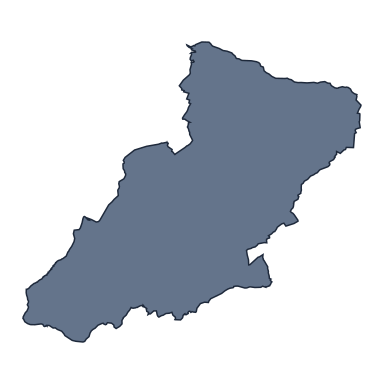 outline of Gilau, Cluj, Romania
{"feature_id": "2599482B93154387611323", "entity_name": "Gilau", "entity_type": "district", "adm_level": 2, "iso_a3": "ROU", "parent_name": "Romania", "parent_adm1": "Cluj", "projection": "natural_earth1", "projection_center": [23.329, 46.73], "detail": "fine", "context": "isolated", "style": "filled", "palette": "slate", "viewbox_px": 384, "rotation_deg": 0, "n_neighbors": 0, "source": "geoboundaries", "source_scale": "gbopen_adm2", "svg_char_len": 5919}
<svg xmlns="http://www.w3.org/2000/svg" viewBox="0 0 384 384"><path d="M195.7,312.3L196.3,311.5L196.9,308.3L200.4,303.6L204.5,302.2L208.4,302.5L208.8,301.2L210.7,298.7L221.7,293.4L224.8,290.9L227.6,289.2L230.0,288.2L233.1,287.7L233.6,287.2L233.7,286.5L235.7,286.1L238.0,286.1L244.8,288.0L246.8,287.9L249.9,286.8L254.9,287.5L260.8,287.3L262.6,286.2L265.9,287.3L266.0,286.7L266.7,286.8L269.5,285.8L269.4,285.5L270.3,284.8L271.3,282.5L271.9,281.9L270.3,280.3L270.4,279.5L270.9,279.1L269.4,278.4L269.1,275.7L268.3,272.9L268.4,271.3L267.6,268.4L267.7,266.8L264.2,260.8L263.3,259.7L263.4,259.3L262.7,257.3L263.0,254.6L259.4,256.9L258.1,257.2L249.9,264.7L248.7,264.9L248.5,259.9L247.2,254.9L246.5,250.4L248.0,249.2L250.9,248.5L252.4,247.6L255.2,246.9L257.3,245.1L258.2,243.8L264.2,242.6L266.8,242.8L266.5,240.4L266.6,239.3L268.2,238.3L269.5,238.0L269.6,237.7L269.5,236.7L268.5,235.7L271.5,233.9L273.6,231.8L274.7,231.6L276.3,229.3L277.3,227.2L281.7,223.9L283.9,223.2L285.9,226.1L294.0,223.5L298.0,221.2L297.9,220.2L294.3,214.9L293.0,213.4L291.2,212.3L290.4,211.4L291.4,209.4L292.9,207.9L293.4,206.6L293.8,203.6L293.5,203.2L294.0,202.4L294.1,201.4L297.9,199.3L298.8,196.6L298.1,196.1L297.9,195.2L300.8,193.3L300.8,192.3L301.4,190.1L301.2,188.0L301.4,184.5L303.2,183.2L304.3,181.2L307.7,179.3L310.5,176.1L313.6,174.8L315.4,173.5L317.3,172.7L319.4,170.2L320.2,169.6L327.9,166.7L329.5,165.3L329.9,164.0L329.1,163.0L329.3,162.2L330.2,161.4L333.4,159.7L334.1,158.8L334.6,157.8L334.5,157.3L335.0,157.3L335.0,156.6L335.3,155.5L336.6,154.4L336.6,151.5L340.3,153.4L343.9,150.0L345.5,149.5L346.3,147.4L353.5,147.6L354.6,133.5L356.2,132.7L355.2,130.7L355.5,129.4L356.8,128.7L360.2,127.7L359.2,121.6L359.7,120.8L359.9,114.6L359.7,113.6L357.4,113.2L359.0,109.3L360.6,106.6L361.0,105.1L356.1,100.0L356.9,96.5L356.6,95.3L356.9,94.6L354.4,93.7L353.2,92.9L351.7,91.6L350.5,89.1L348.3,87.5L346.5,87.1L345.2,87.4L342.4,86.7L338.5,87.7L338.1,88.1L336.5,88.3L336.1,88.0L335.0,87.9L331.7,85.9L330.9,85.0L330.1,83.3L327.7,83.1L324.8,81.6L320.5,82.1L317.5,83.2L313.9,82.4L307.1,82.9L301.1,82.5L298.0,82.6L294.4,82.0L291.3,79.7L289.0,79.2L287.3,78.2L285.1,78.5L275.7,78.3L271.8,76.4L269.0,74.0L266.3,72.7L264.1,70.8L263.3,67.1L260.7,66.1L259.9,63.7L258.7,62.6L256.4,61.7L251.5,60.8L241.8,60.4L239.1,58.9L236.5,58.5L236.2,58.2L235.0,55.9L233.1,54.4L231.8,52.9L227.1,51.2L223.0,50.5L219.3,48.5L212.8,46.2L211.9,45.5L210.6,43.7L209.0,42.2L201.8,42.0L195.6,44.6L195.1,45.1L194.8,45.9L193.9,45.5L192.2,46.4L190.5,46.8L186.9,45.0L187.1,45.6L189.1,47.4L191.6,48.3L191.3,48.4L191.2,49.0L191.7,49.4L191.7,49.9L195.3,51.1L195.6,52.0L195.1,52.3L191.7,52.3L191.0,53.0L191.5,52.9L191.5,54.8L190.4,57.4L190.1,59.3L191.4,60.9L193.2,60.2L194.1,61.7L193.6,62.2L191.2,62.5L191.5,64.3L190.0,69.7L190.3,73.3L189.4,74.8L183.3,80.2L179.3,85.8L181.8,88.6L181.7,89.9L184.2,90.6L183.7,91.8L188.9,93.3L186.7,99.0L189.6,100.1L188.9,102.9L190.6,103.7L188.5,107.4L187.7,110.0L186.8,111.8L184.6,114.7L182.5,118.1L182.7,119.1L184.9,119.2L186.3,120.3L189.9,122.3L188.6,122.5L188.6,123.0L188.3,123.2L188.6,124.0L188.0,125.1L188.0,126.1L187.4,127.0L188.4,128.6L189.1,131.4L189.6,132.1L189.7,134.5L192.6,140.3L192.2,141.1L190.2,143.8L187.6,145.7L186.8,145.9L185.0,147.5L175.5,153.9L175.1,154.4L174.8,154.5L172.6,151.8L171.7,151.4L172.1,149.5L168.0,146.7L167.4,145.2L168.2,143.4L167.9,143.0L167.3,142.9L167.0,142.2L166.8,142.6L165.7,142.5L162.6,143.2L161.8,143.0L158.6,144.2L146.6,146.3L134.6,150.0L125.1,157.4L123.3,160.4L124.2,161.9L124.2,163.1L123.0,163.9L123.0,165.8L123.2,168.8L124.3,170.4L124.6,171.1L124.7,172.4L125.7,173.9L125.5,175.7L123.9,178.8L119.2,181.6L118.8,183.8L119.4,186.3L119.2,187.9L118.0,189.7L117.8,190.6L118.3,195.6L114.1,199.4L112.1,201.8L108.7,204.9L100.2,219.6L99.5,220.7L98.2,221.7L96.2,222.0L91.5,219.6L87.5,218.1L89.2,220.1L88.0,219.9L85.2,216.9L84.3,216.5L83.6,217.0L82.9,218.9L82.1,222.8L80.3,228.0L79.1,229.6L74.2,230.2L73.4,233.8L74.7,238.4L74.1,241.5L71.7,246.4L69.5,249.5L68.6,251.4L67.9,252.0L66.3,256.0L62.9,258.6L61.8,259.0L61.0,259.7L58.4,260.5L56.9,261.5L56.2,262.6L55.7,262.6L55.7,263.0L55.4,263.2L54.7,264.5L53.5,265.4L53.7,265.9L53.1,265.9L53.0,266.6L51.8,267.9L51.7,268.9L51.3,268.8L51.3,269.2L50.9,269.3L51.0,269.6L50.5,269.9L50.3,270.5L49.4,271.0L49.0,272.0L48.2,272.2L48.3,272.8L48.0,272.8L47.7,273.6L47.2,273.8L46.8,275.1L46.4,274.9L44.2,276.1L44.0,276.5L43.4,276.7L43.5,277.0L42.9,277.4L41.9,278.9L39.8,279.9L38.1,281.2L37.5,282.1L36.8,282.1L35.0,283.3L34.3,283.3L30.9,285.9L28.8,288.3L27.1,289.3L26.3,289.3L26.2,292.7L26.6,295.1L27.4,297.4L27.7,299.7L28.5,301.1L28.4,302.4L27.3,304.8L28.4,306.6L28.4,307.7L26.9,311.1L25.4,312.6L23.9,315.5L23.2,316.9L23.0,318.6L23.5,318.9L24.8,321.7L27.6,323.6L30.3,324.6L34.9,324.7L41.2,323.9L42.8,324.4L43.9,326.2L44.5,326.5L45.4,326.3L46.1,325.6L47.0,326.2L47.0,325.4L49.3,325.5L53.1,328.0L55.4,327.9L57.3,329.4L61.7,331.2L64.1,334.1L64.9,335.6L72.2,340.4L76.0,341.3L83.0,342.0L84.7,341.4L86.2,339.1L89.0,336.6L90.0,333.2L91.3,330.9L93.0,329.4L95.1,328.2L98.0,325.2L102.1,323.4L103.3,323.3L103.8,324.0L105.4,324.7L106.5,324.3L106.7,323.6L107.5,322.7L111.6,323.2L113.8,325.0L114.1,327.0L116.1,328.5L119.7,326.4L122.0,323.9L122.0,321.6L121.8,320.9L122.7,319.0L123.2,318.5L123.2,317.8L126.3,315.0L127.7,312.4L129.6,310.1L131.1,307.5L131.9,308.0L133.2,308.2L135.7,307.8L136.4,307.4L137.5,307.4L138.2,306.8L140.5,305.7L142.0,305.5L142.9,306.5L143.1,305.2L144.8,307.3L146.7,308.5L146.7,308.8L146.3,309.2L146.8,311.4L148.6,312.4L148.0,314.6L149.4,313.8L150.4,313.9L153.8,310.9L156.4,310.9L157.2,314.9L157.9,316.3L158.9,317.1L161.5,315.6L163.2,315.2L165.9,313.5L169.4,313.2L171.9,312.3L172.9,315.1L175.3,317.2L175.5,318.6L174.9,319.6L175.3,319.7L180.6,319.9L182.5,317.9L182.9,316.7L183.0,315.6L183.6,314.7L184.8,313.8L185.0,314.6L185.8,314.3L186.1,314.7L188.2,313.5L187.9,312.6L188.7,311.5L189.8,311.2L190.9,312.4L192.0,311.6L193.1,312.0L195.7,312.3Z" fill="#64748b" stroke="#1e293b" stroke-width="1.5"/></svg>